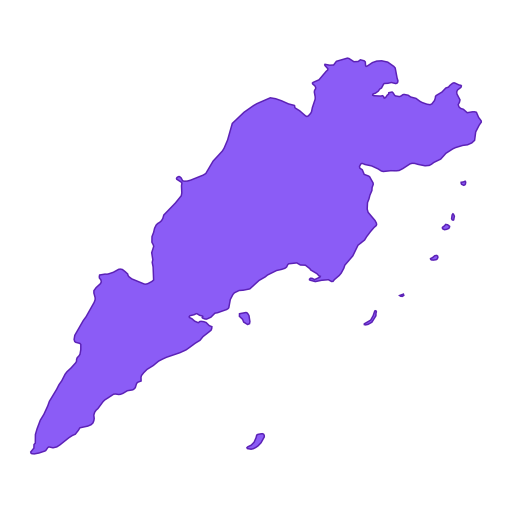 the district of Guanaja, Islas de la Bahía, Honduras
{"feature_id": "27666195B63359869130293", "entity_name": "Guanaja", "entity_type": "district", "adm_level": 2, "iso_a3": "HND", "parent_name": "Honduras", "parent_adm1": "Islas de la Bahía", "projection": "albers", "projection_center": [-85.876, 16.459], "detail": "fine", "context": "isolated", "style": "filled", "palette": "violet", "viewbox_px": 512, "rotation_deg": 0, "n_neighbors": 0, "source": "geoboundaries", "source_scale": "gbopen_adm2", "svg_char_len": 5981}
<svg xmlns="http://www.w3.org/2000/svg" viewBox="0 0 512 512"><path d="M375.4,93.2L378.3,91.1L379.7,89.1L381.5,88.0L383.6,84.1L384.3,83.5L387.8,83.3L391.4,82.5L395.8,83.6L397.1,83.1L397.8,82.0L397.9,80.6L397.1,78.1L395.2,68.0L393.8,66.4L387.7,62.1L381.7,60.8L376.7,61.1L372.4,62.6L367.5,65.9L366.2,66.4L365.6,65.8L365.3,61.9L364.2,60.8L360.4,59.8L358.2,61.5L353.9,61.7L349.0,58.5L347.4,58.1L336.4,61.3L333.6,65.0L329.7,65.2L325.0,64.3L324.7,64.9L325.1,65.7L327.9,68.8L327.7,70.0L326.2,71.3L319.0,79.8L313.1,82.4L312.4,83.1L312.7,84.0L314.9,85.9L315.7,87.5L315.6,88.8L314.6,90.3L314.3,92.0L315.2,96.9L315.2,99.1L312.4,107.5L311.5,111.8L310.6,113.4L308.3,115.9L306.9,116.5L305.4,115.8L299.7,110.8L295.2,108.0L294.7,107.2L294.7,105.9L294.3,105.4L288.5,103.9L281.6,100.8L275.6,98.7L270.3,97.8L256.8,103.7L253.5,105.6L244.1,112.2L232.3,123.4L227.6,140.0L224.1,148.2L222.4,151.0L213.1,161.1L205.8,173.5L203.2,175.1L190.5,180.2L187.1,181.1L184.3,181.2L182.6,180.8L181.2,178.0L179.6,176.6L178.4,176.6L177.0,177.5L176.5,178.4L176.7,179.2L181.3,182.2L181.9,183.1L181.5,185.8L181.8,192.9L181.3,195.7L175.4,203.0L163.8,215.0L162.8,218.5L161.4,220.8L159.7,222.3L157.7,223.5L156.2,225.0L154.6,228.2L153.6,232.4L152.0,236.6L151.9,242.2L153.3,244.9L153.7,246.4L151.7,252.7L152.8,259.7L152.2,262.4L153.1,266.9L153.6,280.0L152.0,281.4L147.9,283.6L145.7,284.2L144.2,284.0L131.8,278.9L128.9,276.7L128.0,275.4L127.7,274.0L125.1,271.6L122.4,269.5L120.4,269.1L118.7,269.3L113.3,272.3L108.5,273.9L107.0,274.2L105.0,274.1L99.6,275.0L99.3,276.5L99.4,278.0L100.9,279.9L101.3,282.0L100.4,283.7L96.2,287.5L93.9,290.7L93.9,293.1L95.2,297.9L95.1,299.8L94.2,302.3L86.1,316.7L83.3,320.5L74.8,335.3L74.1,339.4L74.7,341.5L75.7,342.3L79.9,343.4L80.8,344.5L80.8,349.6L80.0,354.2L79.1,355.7L77.2,357.7L76.6,359.4L76.5,361.4L75.6,362.9L71.0,368.0L67.0,371.7L65.1,374.2L61.8,380.7L59.0,384.7L56.6,389.4L49.4,401.3L47.8,405.8L43.9,414.3L40.3,420.2L37.1,428.7L35.4,434.5L35.3,443.1L34.0,444.5L33.9,448.1L30.7,452.0L31.1,453.3L31.9,453.7L34.3,453.9L39.0,453.0L44.7,451.1L45.7,450.6L47.8,447.6L48.9,446.9L53.0,447.8L56.8,446.9L59.9,444.9L68.9,437.7L72.5,435.4L75.3,434.2L78.3,430.4L79.9,427.8L87.8,426.1L91.1,424.7L92.9,423.0L93.8,420.8L94.2,418.6L93.8,415.1L94.7,412.2L96.1,410.2L97.9,408.6L103.0,401.7L104.7,400.0L113.6,394.2L115.5,394.0L118.7,394.5L120.5,394.3L122.9,393.4L127.4,390.7L132.4,389.9L133.6,389.4L135.3,387.7L136.4,384.0L137.1,382.8L138.1,382.1L141.1,381.0L141.0,377.2L141.5,375.5L143.7,372.7L147.0,369.4L153.3,365.5L158.6,361.1L162.9,358.9L166.4,357.3L179.9,352.7L186.2,349.8L195.4,343.1L200.0,340.3L203.0,336.6L211.0,330.3L211.7,328.7L211.9,326.7L209.2,325.6L206.1,322.5L203.8,321.7L201.0,321.3L199.6,321.6L198.6,322.6L197.7,322.5L194.6,321.1L191.9,318.7L189.4,317.5L189.2,316.6L190.0,315.7L194.1,314.7L196.1,313.7L197.0,313.7L199.6,315.3L202.6,316.1L202.8,316.5L202.2,317.6L202.7,318.1L204.9,319.0L206.6,319.1L210.9,317.2L214.9,313.2L217.6,312.7L226.7,309.5L228.2,308.5L228.8,307.7L230.3,299.5L232.9,294.5L234.4,292.8L239.1,290.5L243.3,290.2L249.8,288.9L259.1,280.4L265.2,276.9L267.5,275.0L276.6,270.5L281.5,269.4L284.9,268.3L286.6,267.0L287.7,264.7L288.6,263.8L296.8,262.9L300.4,265.0L305.4,265.2L309.9,268.7L310.6,269.9L317.0,273.7L319.0,275.9L320.3,276.3L319.9,277.1L314.6,279.6L312.0,278.3L310.4,278.3L309.5,279.2L309.5,279.8L310.1,280.2L315.3,281.6L321.5,280.3L328.4,279.7L331.5,281.5L333.0,281.4L334.4,279.6L339.2,275.5L341.2,273.1L343.8,268.3L344.8,265.2L352.8,255.9L358.0,245.2L364.6,240.0L366.6,236.7L370.4,231.7L374.0,227.5L376.1,225.7L376.6,224.7L376.4,223.1L375.0,220.5L368.1,212.3L367.2,209.1L367.5,202.6L368.9,199.1L369.9,195.2L371.9,190.5L372.1,187.5L373.2,184.5L373.1,183.0L369.6,176.7L368.5,176.0L364.2,174.4L362.3,169.8L359.7,168.0L359.5,166.3L360.9,163.9L361.6,163.5L362.6,163.5L365.0,164.5L371.6,165.9L378.1,168.9L381.3,171.0L383.3,171.5L390.6,170.7L396.3,170.8L399.1,170.5L402.8,168.6L410.0,163.9L412.1,163.3L414.7,163.4L418.1,164.4L425.1,165.8L429.3,165.4L431.5,164.2L433.9,162.4L440.7,159.1L445.9,153.3L452.9,148.8L455.5,147.6L462.8,145.4L467.5,144.8L471.8,142.9L474.6,140.3L475.7,131.9L479.2,125.1L481.3,122.1L481.2,120.9L478.6,117.4L476.4,112.3L474.7,111.8L472.5,111.8L467.2,112.7L463.4,109.3L460.6,108.4L458.9,106.8L458.2,104.6L459.4,102.4L460.0,99.9L456.9,93.9L456.7,91.8L457.6,89.9L460.9,87.4L461.4,85.9L460.9,85.3L459.1,85.0L454.6,82.9L453.5,82.9L452.5,83.3L449.8,85.5L448.5,87.1L445.8,88.0L441.9,92.1L436.2,95.5L435.5,96.4L435.3,98.1L434.5,100.5L431.9,103.9L430.1,104.7L426.9,104.2L422.1,102.5L419.9,101.3L416.0,98.4L410.7,97.0L408.1,95.2L404.0,94.4L402.8,94.7L401.2,95.9L399.5,96.6L395.4,95.9L394.6,95.3L393.1,92.9L392.1,92.0L388.8,92.7L388.5,94.2L387.3,95.1L385.6,97.5L384.6,98.1L384.0,97.9L383.7,96.7L382.6,95.7L380.5,96.1L373.9,95.7L372.7,95.2L372.7,94.5L373.2,93.9L375.4,93.2ZM251.1,449.2L253.3,448.7L255.7,447.5L257.9,446.0L261.0,442.8L264.3,436.9L264.2,435.3L263.6,434.2L262.5,433.7L261.1,433.8L257.8,434.4L256.7,435.1L256.1,437.6L254.1,442.2L251.3,445.1L247.8,446.8L246.9,447.7L247.4,448.6L251.1,449.2ZM247.6,324.5L249.5,323.7L249.9,321.6L249.0,315.7L248.1,314.1L247.1,312.9L246.0,312.5L239.5,313.7L239.4,316.3L242.6,319.4L243.7,322.1L247.6,324.5ZM365.5,324.9L368.0,324.4L371.9,322.2L375.9,315.8L376.0,312.9L376.4,311.9L376.0,310.9L375.2,310.7L374.7,311.1L373.2,315.6L370.7,320.1L364.3,323.8L364.3,324.6L365.5,324.9ZM444.5,229.7L446.7,229.3L448.8,228.4L449.6,226.9L449.6,226.3L447.7,224.8L445.7,224.4L444.5,225.8L442.6,227.2L442.3,227.9L442.8,228.9L444.5,229.7ZM433.3,260.1L436.1,259.7L437.0,259.2L437.9,257.6L437.7,256.2L436.7,255.4L434.8,255.7L432.5,257.6L430.5,258.6L430.6,259.2L431.3,259.9L433.3,260.1ZM463.7,185.3L464.8,184.9L465.4,184.1L465.7,182.1L465.1,181.2L463.6,181.9L461.1,182.3L461.2,183.5L461.6,184.3L463.7,185.3ZM453.1,220.2L453.7,219.8L454.4,216.2L453.4,214.1L452.9,213.8L452.1,215.0L451.6,218.8L452.2,219.8L453.1,220.2ZM402.3,296.4L403.8,295.4L403.4,294.1L399.6,295.5L400.5,296.2L402.3,296.4Z" fill="#8b5cf6" stroke="#5b21b6" stroke-width="1.5"/></svg>